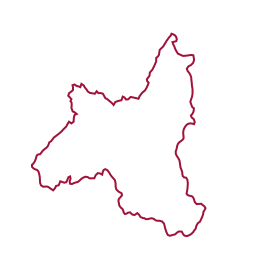 Santo Antônio do Jacinto, Minas Gerais, Brazil (Robinson projection), rotated 189°
{"feature_id": "56859067B97088826230924", "entity_name": "Santo Antônio do Jacinto", "entity_type": "district", "adm_level": 2, "iso_a3": "BRA", "parent_name": "Brazil", "parent_adm1": "Minas Gerais", "projection": "robinson", "projection_center": [-40.275, -16.528], "detail": "fine", "context": "isolated", "style": "outline", "palette": "rose", "viewbox_px": 256, "rotation_deg": 189, "n_neighbors": 0, "source": "geoboundaries", "source_scale": "gbopen_adm2", "svg_char_len": 3606}
<svg xmlns="http://www.w3.org/2000/svg" viewBox="0 0 256 256"><g transform="rotate(189 128 128)"><path d="M217.1,76.6L216.7,74.6L215.0,73.3L213.0,72.6L211.3,72.4L209.7,71.1L208.4,68.4L207.5,65.9L206.9,63.0L206.3,60.2L205.0,57.8L202.6,56.7L200.2,57.3L198.1,57.5L195.3,56.2L192.2,54.7L190.7,57.1L190.0,59.5L187.5,60.6L186.9,63.0L186.5,64.8L184.4,64.4L182.4,64.0L180.5,64.8L179.7,67.5L179.1,70.1L177.6,71.1L176.8,68.9L177.3,66.1L176.5,63.9L174.6,63.9L172.9,65.1L170.7,66.2L169.1,66.9L167.6,68.5L166.3,70.3L164.8,71.7L162.6,73.2L160.1,73.2L158.2,72.3L156.0,72.6L153.4,73.1L152.5,76.4L150.8,78.7L148.3,78.7L146.2,77.9L146.0,80.8L145.5,82.7L144.0,83.8L141.8,83.1L139.5,80.9L137.9,78.9L136.2,77.3L134.5,75.9L132.7,74.3L131.6,71.4L131.0,67.9L129.8,65.4L127.6,63.8L126.0,63.2L124.1,62.5L123.4,60.6L124.6,58.5L126.0,56.4L126.0,54.2L125.2,52.3L124.6,50.3L122.9,48.4L120.8,47.2L119.7,45.5L119.0,43.7L117.6,42.6L116.0,43.2L114.7,44.4L112.7,45.0L110.5,43.3L108.0,43.0L105.5,45.4L103.4,44.0L101.8,42.1L99.4,41.4L97.7,41.5L96.2,40.8L94.1,41.1L92.4,41.9L90.4,42.6L88.2,42.2L86.3,41.1L84.4,41.0L82.6,41.3L79.6,41.0L77.4,39.1L76.5,36.9L75.7,35.0L74.7,32.9L73.5,30.7L71.9,28.6L69.8,28.1L67.2,29.3L64.7,30.4L63.4,32.2L61.7,33.7L58.7,34.1L56.9,31.7L55.4,30.5L52.7,30.5L50.2,32.1L48.8,33.4L47.4,35.2L46.4,37.5L45.4,39.1L45.2,42.0L44.2,44.8L42.3,46.7L41.7,48.7L40.9,51.5L40.3,54.3L40.4,56.8L39.6,58.7L38.9,61.0L40.4,62.7L42.3,63.6L43.7,64.6L45.7,64.2L48.3,63.6L50.4,65.2L51.4,67.3L52.6,69.4L54.2,70.6L56.5,70.7L58.7,71.1L59.9,72.3L59.8,74.7L59.8,77.4L60.0,80.2L60.3,82.9L61.2,86.0L62.7,88.0L64.8,88.0L66.4,89.1L67.1,90.9L67.5,92.8L68.8,95.3L70.1,97.5L71.0,100.8L72.2,104.2L73.8,106.3L75.6,108.2L76.7,109.9L77.2,112.3L76.7,115.1L76.7,117.5L76.2,120.1L75.0,122.1L73.7,123.3L72.4,124.7L71.5,126.3L71.8,128.3L72.4,130.4L72.8,132.3L72.8,135.2L72.0,137.8L70.6,140.3L69.3,141.5L67.3,142.3L65.2,142.4L63.4,142.1L63.0,144.3L64.4,147.0L66.7,148.3L67.8,150.2L66.5,152.2L65.8,154.8L66.0,157.8L67.8,158.7L69.1,160.9L70.5,163.5L70.2,166.1L69.7,168.5L69.6,171.7L70.0,174.5L70.5,177.1L71.5,179.9L72.1,182.6L72.9,185.3L73.4,187.6L74.7,190.2L76.2,192.0L77.9,193.5L79.2,195.8L78.0,198.3L75.7,200.0L73.9,202.4L73.4,205.3L73.9,207.2L74.8,210.0L76.8,210.1L78.7,209.5L80.6,208.9L82.7,208.3L85.1,207.8L87.6,208.5L90.3,209.2L92.7,212.0L94.1,214.1L95.1,216.0L96.5,217.8L97.5,219.8L95.4,220.6L93.9,221.4L93.7,223.5L94.9,225.8L96.5,227.1L98.1,227.6L99.8,227.9L100.2,225.9L101.4,224.3L103.5,220.2L105.9,214.2L108.9,210.1L108.9,205.1L109.7,203.2L111.1,201.7L110.6,198.0L111.8,193.3L113.1,189.3L115.1,186.2L114.9,183.0L117.0,179.1L116.4,177.3L114.7,176.0L115.1,173.7L116.0,170.4L117.2,167.6L119.4,165.2L121.6,161.1L122.2,158.5L124.6,158.8L130.2,159.1L132.3,156.4L134.4,155.8L136.2,157.6L138.1,158.2L138.8,154.4L142.1,153.1L144.6,151.7L145.8,148.5L148.2,150.4L153.1,153.3L155.0,153.9L158.2,158.0L160.7,158.2L162.7,157.8L164.7,159.4L166.0,156.7L168.7,156.7L171.1,156.7L173.5,157.8L175.0,159.6L177.1,161.4L178.2,163.0L180.9,164.3L181.5,160.9L183.8,161.4L185.5,161.5L187.6,162.6L189.5,161.6L188.6,159.3L188.3,156.9L189.6,155.2L191.6,153.3L192.1,150.5L190.4,149.3L188.4,147.6L189.0,145.6L187.7,144.2L187.2,141.9L187.0,138.9L185.2,135.7L183.4,135.3L180.9,133.8L182.7,132.7L183.1,130.8L183.0,128.6L182.7,125.7L184.6,123.7L187.3,125.0L188.4,122.3L189.2,119.8L190.7,117.8L191.9,116.1L193.3,114.0L195.4,111.5L197.6,109.2L199.7,107.0L200.7,105.2L201.7,103.2L203.5,101.4L203.9,99.1L204.6,97.0L205.7,95.5L207.1,94.1L208.4,92.5L209.4,90.8L210.7,88.4L213.2,87.5L214.0,85.8L214.1,83.6L214.8,80.6L215.9,78.1L217.1,76.6Z" fill="none" stroke="#9f1239" stroke-width="2"/></g></svg>